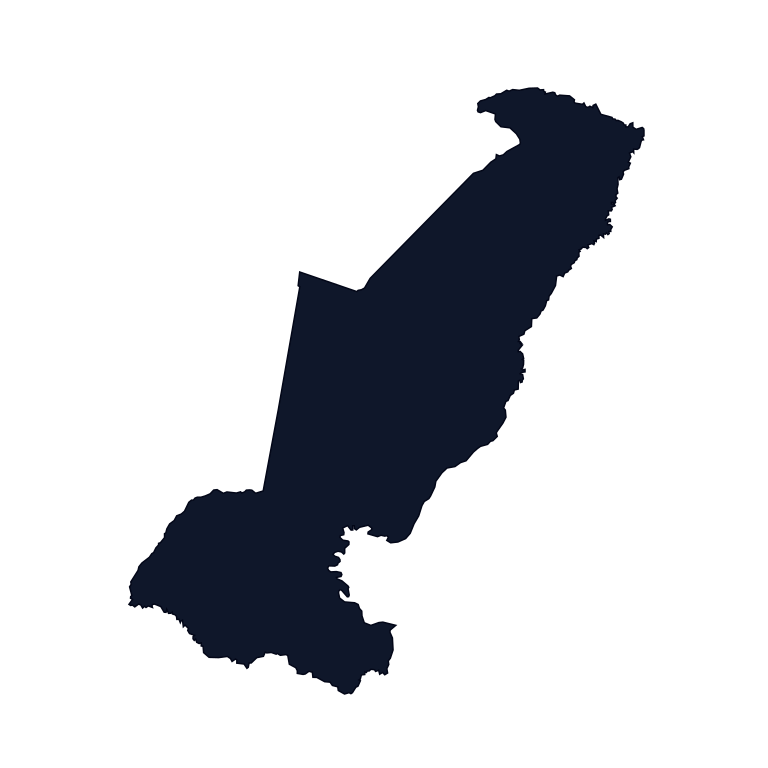 Alto Araguaia, Mato Grosso, Brazil (Albers equal-area conic projection), rotated 7°
{"feature_id": "56859067B16833881564042", "entity_name": "Alto Araguaia", "entity_type": "district", "adm_level": 2, "iso_a3": "BRA", "parent_name": "Brazil", "parent_adm1": "Mato Grosso", "projection": "albers", "projection_center": [-53.413, -17.424], "detail": "fine", "context": "isolated", "style": "filled", "palette": "ink", "viewbox_px": 768, "rotation_deg": 7, "n_neighbors": 0, "source": "geoboundaries", "source_scale": "gbopen_adm2", "svg_char_len": 6116}
<svg xmlns="http://www.w3.org/2000/svg" viewBox="0 0 768 768"><g transform="rotate(7 384 384)"><path d="M420.2,672.5L422.8,670.4L421.5,666.2L422.9,661.8L422.0,658.3L423.7,655.4L425.4,646.9L423.3,635.0L420.1,629.6L420.1,627.5L425.1,622.1L411.9,620.5L408.0,621.4L400.4,625.2L393.5,623.4L390.4,616.8L389.6,612.1L387.0,609.8L385.2,606.0L381.5,604.7L371.4,605.1L366.0,601.8L364.3,596.8L364.4,594.8L365.5,593.5L367.1,593.9L373.5,599.7L374.8,599.4L375.2,597.7L373.3,591.6L373.8,590.1L372.9,588.9L366.2,584.5L361.1,583.1L360.3,581.8L364.8,580.3L365.4,578.3L364.3,576.4L359.6,576.0L354.0,577.0L351.7,575.7L350.4,573.5L351.5,571.2L357.4,570.7L359.9,569.1L360.1,567.5L362.0,565.5L361.7,563.7L360.0,561.7L356.1,560.9L354.1,559.3L355.6,557.1L358.7,555.6L362.3,555.9L364.8,557.7L365.6,556.5L365.0,551.9L368.7,547.6L368.5,545.0L367.4,544.2L362.1,544.0L358.8,541.5L359.2,539.7L362.4,538.5L362.4,536.3L360.5,532.0L365.1,529.0L369.1,533.0L370.8,532.7L370.2,528.5L371.8,528.3L372.3,531.2L374.3,532.2L377.2,529.2L385.5,526.1L389.5,528.5L389.5,530.1L386.3,532.9L386.3,534.7L396.2,536.3L399.5,534.5L403.2,534.9L405.5,534.2L407.0,535.6L405.8,538.9L410.0,540.8L417.1,539.1L424.3,534.8L428.2,529.0L430.9,519.0L434.5,510.7L436.5,500.0L438.3,495.7L442.5,492.3L443.9,489.4L447.0,480.0L447.3,474.2L452.3,465.1L456.8,459.7L464.5,457.3L469.5,452.7L474.8,450.2L481.0,440.7L484.7,436.6L487.4,434.1L494.2,431.3L496.6,427.9L499.0,427.0L502.8,422.2L501.4,418.9L501.9,417.5L506.8,408.3L509.1,402.1L507.6,395.1L505.6,393.2L507.1,386.4L509.1,385.3L510.7,380.0L513.6,377.4L514.1,374.1L517.8,372.7L517.0,364.5L518.5,363.7L519.3,365.9L520.9,365.1L520.7,363.6L521.7,361.9L520.4,357.7L517.9,357.2L518.8,355.8L522.5,354.8L522.2,352.3L519.9,353.2L518.4,352.3L519.6,351.4L520.1,347.5L519.7,343.3L518.3,342.8L519.5,341.7L517.9,337.2L515.1,335.1L513.3,335.6L513.1,334.1L516.6,328.5L515.1,328.2L514.2,327.0L515.6,326.9L513.9,325.2L512.2,325.4L512.9,323.5L512.0,320.4L516.8,317.5L517.3,314.0L523.3,309.0L522.7,301.1L527.6,299.8L530.3,295.5L531.0,292.4L532.8,291.3L534.6,286.8L535.3,281.4L537.1,280.5L537.1,276.7L539.0,273.7L542.2,265.4L542.2,255.8L545.2,254.4L548.7,255.6L549.8,251.9L552.7,250.3L553.5,248.5L555.9,246.5L554.9,244.5L555.2,242.6L558.0,240.4L558.4,238.4L560.2,237.1L560.4,235.3L562.0,233.5L561.3,229.5L562.5,228.4L561.2,227.1L563.3,225.9L564.5,224.0L567.9,223.9L569.2,224.9L570.6,223.6L569.3,221.2L573.2,219.3L575.3,220.1L575.8,218.6L574.7,216.3L577.3,216.8L577.1,214.3L579.6,213.2L579.2,210.3L581.0,209.8L584.1,211.8L583.5,208.2L585.5,208.3L586.3,206.8L588.0,208.4L589.2,207.3L588.5,205.2L590.5,204.9L590.2,203.2L591.4,200.2L588.7,198.2L586.5,198.7L586.2,197.1L586.7,195.5L588.9,195.1L588.6,192.9L587.1,192.7L583.9,194.5L583.8,193.0L584.8,190.1L586.4,188.7L585.5,184.8L588.6,184.4L589.2,182.9L588.3,180.9L591.7,178.9L590.3,177.3L591.7,175.6L591.0,173.9L592.8,171.1L591.5,170.1L591.2,167.7L592.8,166.1L591.5,161.8L592.0,157.5L590.9,150.8L592.1,149.7L593.0,152.5L594.7,151.8L596.2,146.5L595.4,144.3L596.6,142.6L600.8,140.4L600.4,138.7L601.6,134.8L599.4,134.0L601.3,128.4L599.5,124.9L602.5,123.1L603.7,124.1L603.1,120.4L606.6,120.3L607.8,119.5L608.8,118.2L609.6,111.9L610.2,110.5L611.8,110.0L610.2,107.0L611.8,106.1L611.1,100.4L610.6,98.9L609.0,97.9L603.2,100.5L599.7,98.7L599.1,94.4L596.6,95.7L595.0,99.1L592.6,99.3L592.5,97.5L590.8,97.6L589.6,95.8L587.5,94.8L584.1,93.8L582.4,94.2L581.0,92.9L578.9,93.1L577.8,91.6L566.4,89.9L560.1,80.4L557.6,82.0L557.5,84.2L554.5,83.2L552.8,84.6L550.5,84.2L548.2,80.7L546.9,82.2L539.4,81.9L538.2,80.8L538.4,78.7L533.1,75.4L523.1,75.9L521.2,77.2L519.1,76.2L518.0,74.1L516.0,73.8L508.4,76.6L508.6,74.6L507.0,74.2L506.5,72.4L503.0,73.1L500.4,71.5L491.9,72.8L482.5,76.0L475.8,76.1L472.5,78.1L470.0,77.5L464.6,81.7L460.3,82.5L458.9,84.4L454.6,87.0L453.2,86.8L450.3,89.2L445.2,91.3L442.9,94.2L443.9,97.4L443.4,100.9L444.2,102.4L446.7,102.9L451.6,100.2L461.7,102.4L461.9,107.9L462.9,109.9L468.7,114.4L477.8,114.4L484.9,119.5L489.0,124.5L490.0,128.2L489.5,129.7L477.7,138.2L474.5,142.0L470.8,143.6L467.6,142.6L467.6,146.9L463.0,150.8L456.1,159.8L447.1,164.0L357.4,280.8L353.0,291.1L350.1,293.2L346.9,294.2L345.8,295.6L286.7,283.1L286.8,296.9L288.6,297.7L282.2,422.7L277.1,504.9L269.9,508.1L265.8,505.5L263.5,505.5L260.3,506.1L258.8,508.1L256.1,509.5L254.8,508.5L250.8,510.2L241.2,510.3L237.9,512.1L231.2,509.2L227.9,510.0L224.8,514.2L220.2,516.9L216.1,518.7L212.5,519.1L210.3,520.3L209.0,522.5L207.1,522.7L204.7,525.2L201.5,534.6L198.6,537.8L194.3,540.1L192.4,545.1L188.3,549.0L186.1,554.3L185.6,558.4L184.4,559.3L184.9,563.2L181.4,568.8L179.7,569.6L179.8,571.4L177.6,574.4L175.9,579.4L174.2,580.7L172.3,584.5L165.5,591.2L163.0,595.3L162.6,599.0L156.8,611.3L157.5,613.6L156.2,616.3L159.5,624.7L158.5,625.8L158.5,627.5L160.7,628.4L157.7,633.8L159.5,634.7L161.3,634.1L163.8,635.6L167.3,632.3L169.6,633.0L171.7,635.8L173.5,633.8L175.0,634.8L177.1,633.0L181.4,634.0L180.7,632.5L181.1,631.1L183.1,630.4L189.6,632.1L193.6,637.3L195.5,637.2L195.8,634.1L198.1,637.9L200.3,637.5L201.6,636.3L202.0,638.0L205.0,638.6L206.4,640.0L207.1,642.9L209.2,642.5L210.9,645.7L211.4,644.0L212.8,643.0L214.4,649.4L215.9,647.5L219.7,650.5L219.2,652.5L221.4,655.4L226.6,656.5L225.3,658.0L225.5,660.2L226.9,661.6L228.1,660.1L229.6,663.2L232.1,664.1L234.2,663.2L234.5,666.3L236.4,666.4L237.7,672.6L243.7,676.6L253.2,675.7L261.7,673.5L265.1,675.2L267.0,677.9L270.1,675.1L271.6,675.8L271.9,679.0L279.2,679.0L282.6,682.9L283.8,681.7L284.1,677.4L286.2,677.1L291.1,671.1L297.5,669.0L298.8,664.6L300.4,665.2L304.9,664.2L309.9,665.3L310.9,664.4L314.1,665.9L319.7,664.5L321.6,665.2L324.2,673.7L331.0,676.3L332.9,679.1L333.2,681.8L339.1,682.1L341.2,681.4L344.5,678.3L348.0,678.8L349.2,683.8L353.0,683.4L361.4,686.7L366.8,686.5L369.5,689.5L375.0,690.2L376.0,693.8L382.6,696.5L387.0,694.6L388.9,695.4L390.3,694.2L393.0,688.4L395.0,687.1L396.7,681.4L395.2,680.8L396.4,679.9L397.0,675.5L400.3,674.7L400.2,672.0L401.7,672.4L402.3,670.9L404.3,670.6L405.7,668.8L407.7,668.7L409.6,668.8L410.6,670.3L413.6,668.8L415.1,672.6L417.7,670.5L420.2,672.5ZM590.3,177.3L587.8,177.7L587.5,176.0L589.3,175.8L590.3,177.3Z" fill="#0f172a" stroke="#020617" stroke-width="1.5"/></g></svg>